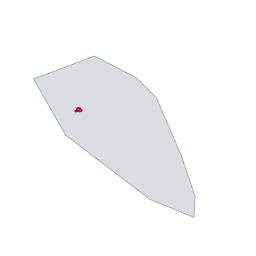 location of Gomier, Micoud, Saint Lucia, rotated 125°
{"feature_id": "8701671B18613428350032", "entity_name": "Gomier", "entity_type": "district", "adm_level": 2, "iso_a3": "LCA", "parent_name": "Saint Lucia", "parent_adm1": "Micoud", "projection": "robinson", "projection_center": [-60.951, 13.816], "detail": "fine", "context": "in_parent", "style": "filled", "palette": "rose", "viewbox_px": 256, "rotation_deg": 125, "n_neighbors": 0, "source": "geoboundaries", "source_scale": "gbopen_adm2", "svg_char_len": 1378}
<svg xmlns="http://www.w3.org/2000/svg" viewBox="0 0 256 256"><g transform="rotate(125 128 128)"><path d="M169.6,174.9L142.0,233.4L88.3,196.7L82.2,150.4L86.9,122.3L119.8,68.8L145.4,34.1L163.3,22.6L173.8,68.7L169.6,174.9Z" fill="#d9dde1" stroke="#a8b0b8" stroke-width="1"/><path d="M141.0,181.0L141.6,180.7L142.3,180.4L142.4,180.5L142.5,180.5L142.6,180.4L142.7,180.5L142.8,180.5L143.0,180.5L143.3,180.5L143.5,180.7L143.8,180.7L143.8,180.8L143.9,181.0L144.0,181.1L144.3,181.1L144.5,181.0L144.5,180.9L144.7,180.7L144.5,180.4L144.4,180.3L144.4,180.2L144.2,180.1L144.1,179.9L144.0,179.7L143.9,179.6L143.7,179.5L143.6,179.4L143.5,179.2L143.4,179.1L143.3,178.9L143.2,178.8L143.2,178.7L142.9,178.7L142.6,178.7L142.4,178.6L142.4,178.4L142.4,178.2L142.5,178.1L142.4,178.0L142.4,177.9L142.2,177.9L142.2,177.7L142.3,177.7L142.3,177.4L142.3,177.2L142.2,177.0L142.0,176.9L141.9,176.9L141.8,176.7L141.7,176.6L141.4,176.4L141.2,176.3L141.2,176.2L140.9,176.0L140.9,175.9L140.7,175.8L140.4,175.9L140.2,175.9L140.2,176.2L139.6,176.5L139.6,176.8L139.7,177.0L139.8,177.1L139.8,177.3L139.9,177.5L139.9,177.8L139.9,178.0L139.7,178.1L139.6,178.3L139.8,178.4L139.8,178.5L139.7,178.7L139.6,178.8L139.4,178.9L139.3,179.0L139.4,179.3L139.7,179.5L139.9,179.5L140.0,179.6L140.0,179.8L140.2,180.2L140.2,180.6L140.3,180.6L140.7,180.8L141.0,181.0Z" fill="#f43f5e" stroke="#9f1239" stroke-width="1.5"/></g></svg>